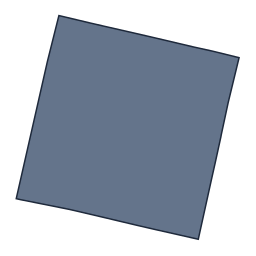 the district of Walworth, Wisconsin, United States of America, rotated 13°
{"feature_id": "52423323B18834110145420", "entity_name": "Walworth", "entity_type": "district", "adm_level": 2, "iso_a3": "USA", "parent_name": "United States of America", "parent_adm1": "Wisconsin", "projection": "orthographic", "projection_center": [-88.5, 42.668], "detail": "fine", "context": "isolated", "style": "filled", "palette": "slate", "viewbox_px": 256, "rotation_deg": 13, "n_neighbors": 0, "source": "geoboundaries", "source_scale": "gbopen_adm2", "svg_char_len": 482}
<svg xmlns="http://www.w3.org/2000/svg" viewBox="0 0 256 256"><g transform="rotate(13 128 128)"><path d="M220.4,34.5L193.2,34.1L174.1,34.3L128.0,34.1L81.7,34.2L66.4,34.2L37.5,34.0L35.4,34.0L35.3,38.4L34.5,81.2L35.0,222.0L39.4,222.0L62.3,221.3L89.5,220.5L128.3,220.6L141.6,220.7L159.5,220.8L176.9,220.8L221.5,220.6L221.2,189.6L220.9,158.4L220.8,142.8L220.5,115.9L220.4,113.8L219.9,80.9L219.9,80.2L220.4,35.2L220.4,34.5Z" fill="#64748b" stroke="#1e293b" stroke-width="1.5"/></g></svg>